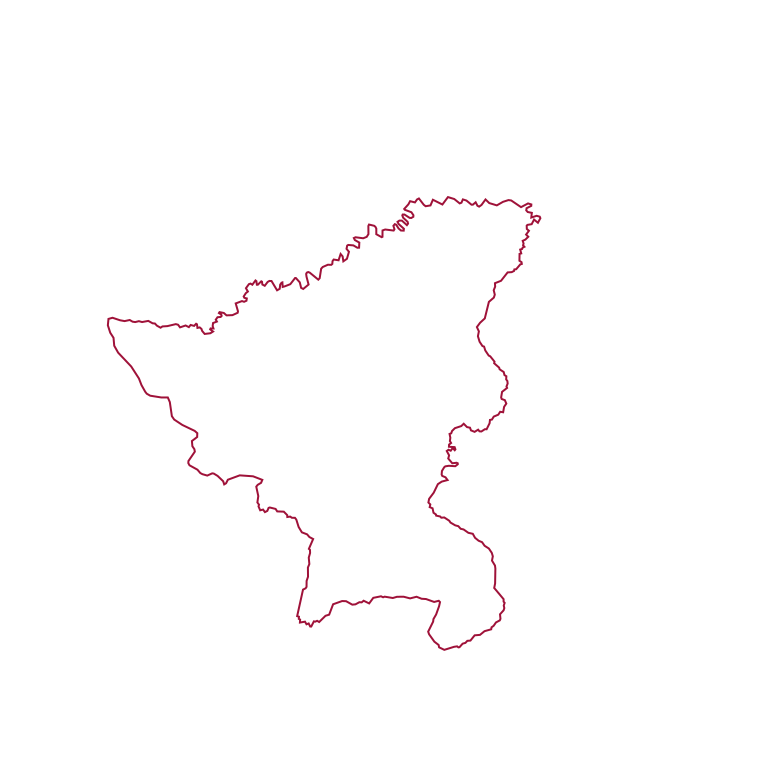 the district of Montalvo, Los Rios, Ecuador, rotated 133°
{"feature_id": "8360857B47637388687848", "entity_name": "Montalvo", "entity_type": "district", "adm_level": 2, "iso_a3": "ECU", "parent_name": "Ecuador", "parent_adm1": "Los Rios", "projection": "mercator", "projection_center": [-79.312, -1.802], "detail": "fine", "context": "isolated", "style": "outline", "palette": "rose", "viewbox_px": 768, "rotation_deg": 133, "n_neighbors": 0, "source": "geoboundaries", "source_scale": "gbopen_adm2", "svg_char_len": 6154}
<svg xmlns="http://www.w3.org/2000/svg" viewBox="0 0 768 768"><g transform="rotate(133 384 384)"><path d="M524.3,629.9L529.4,626.0L533.2,619.2L534.7,613.3L540.0,607.4L542.4,599.8L543.6,580.8L547.1,567.0L550.2,560.6L552.5,553.4L552.9,550.9L552.0,547.0L545.6,537.5L541.3,532.9L543.3,528.3L552.2,517.2L553.1,513.2L551.5,503.6L547.4,490.5L547.3,487.0L550.2,484.5L556.7,485.6L560.2,481.7L561.0,478.2L562.5,476.2L573.7,474.5L575.3,473.2L576.1,470.8L573.9,462.0L574.4,457.6L573.8,455.3L571.5,450.8L566.5,448.7L565.6,447.4L564.7,443.0L564.8,435.3L566.4,432.4L564.3,431.8L560.5,432.9L549.2,427.2L540.8,416.8L537.1,407.6L540.1,406.5L543.9,407.6L546.2,407.4L551.7,399.5L557.0,395.8L557.5,393.1L559.1,392.3L560.8,388.4L558.3,386.8L558.9,383.7L556.4,382.8L553.3,383.9L552.2,383.3L549.3,378.1L550.0,375.2L545.7,370.2L545.9,365.4L547.2,364.0L544.9,362.1L544.7,360.2L542.6,357.9L543.0,355.6L546.8,348.9L548.5,342.9L546.4,337.7L546.8,334.2L545.7,330.1L555.8,326.5L555.8,325.0L558.0,322.8L562.3,320.6L566.6,315.8L570.1,314.5L576.8,308.1L580.8,306.3L585.2,302.3L586.9,302.0L589.6,303.0L613.0,289.2L612.2,287.5L613.9,286.1L613.5,284.7L615.8,282.8L611.7,279.7L612.6,276.8L610.5,275.8L611.7,272.6L611.0,271.8L605.4,273.4L604.7,272.2L602.8,271.4L602.3,269.1L593.4,268.7L590.1,266.8L579.8,271.0L571.3,266.6L568.7,263.6L567.0,256.7L564.6,254.6L560.4,253.2L558.9,251.4L556.4,251.1L554.6,245.2L547.7,246.0L541.3,241.4L540.6,239.2L539.1,238.5L534.5,231.6L530.8,229.4L526.2,224.6L523.0,218.7L517.4,215.1L515.4,210.0L512.6,206.6L509.2,198.7L505.2,196.1L505.3,194.3L508.9,192.2L517.0,188.7L522.2,187.5L524.3,186.0L535.0,182.8L536.3,180.3L538.1,171.4L537.6,166.1L539.0,164.1L537.3,158.6L528.4,153.5L526.0,151.6L525.9,150.0L525.0,149.3L520.3,149.4L517.8,147.9L515.0,147.9L512.7,145.8L506.0,146.3L502.0,142.7L496.2,141.9L490.3,138.3L488.6,139.4L486.1,138.9L482.0,139.5L477.9,138.1L476.3,138.7L473.3,142.1L467.9,142.2L465.8,143.2L464.4,145.3L461.8,146.5L461.6,148.1L459.8,149.8L458.0,164.3L454.1,166.7L443.0,176.7L441.1,179.0L439.5,184.6L435.8,186.9L434.0,190.0L432.8,195.1L433.7,200.1L432.8,204.4L434.1,207.9L434.4,212.5L433.0,216.9L435.3,220.8L436.1,226.6L437.6,229.2L437.3,232.7L438.8,235.5L440.0,240.9L439.5,243.0L440.5,248.9L442.7,250.9L442.6,252.6L444.7,256.1L444.0,257.0L444.4,260.0L441.8,263.7L442.9,266.6L440.5,268.0L440.4,270.7L437.2,272.7L429.6,273.5L420.5,276.3L416.0,275.2L410.9,272.0L410.3,275.4L411.5,278.7L410.9,280.1L408.1,282.3L403.8,283.2L402.4,283.0L399.6,280.8L395.5,275.8L392.4,275.3L391.7,276.0L392.1,277.2L395.4,280.0L394.7,286.2L391.8,287.7L390.2,292.4L388.1,292.0L387.3,289.7L384.9,290.0L384.1,289.2L384.2,287.1L383.1,287.2L382.0,289.3L385.6,293.7L383.9,295.1L381.4,294.7L380.8,296.9L378.1,298.8L375.8,302.0L374.2,301.2L371.9,302.2L367.9,302.0L362.1,298.8L358.7,298.6L358.9,293.9L357.3,291.3L358.6,288.8L357.2,285.1L353.2,284.0L353.5,281.9L352.3,280.4L348.3,279.4L347.1,278.1L340.7,280.0L338.0,282.0L336.4,280.8L333.0,281.5L328.5,279.5L325.1,280.1L323.4,277.6L318.8,280.6L314.9,281.2L313.4,284.6L314.7,287.7L313.9,289.2L309.2,292.3L302.9,291.3L302.3,292.7L299.3,293.9L297.7,295.8L297.3,297.8L294.9,299.8L295.3,302.0L293.6,304.6L294.4,309.4L293.5,311.0L293.7,317.6L292.3,318.4L291.3,325.2L291.8,326.8L290.4,332.8L288.4,336.3L289.1,337.9L287.9,342.9L285.0,347.9L280.8,350.5L279.0,354.9L273.6,355.5L267.3,355.0L252.4,363.3L245.9,362.6L243.1,363.9L240.6,367.7L237.0,369.1L234.6,371.6L228.7,368.8L218.1,369.7L215.1,366.9L212.6,366.0L211.3,366.8L209.9,365.6L203.6,365.9L202.2,365.1L201.1,366.5L201.5,369.0L196.4,373.6L194.9,372.7L192.8,376.1L191.1,375.1L189.7,375.6L187.9,374.9L187.7,376.9L186.1,377.7L184.7,380.2L182.0,379.1L177.9,378.9L177.8,382.0L173.1,382.5L173.2,385.3L170.9,387.6L169.8,387.6L166.4,385.0L161.4,386.4L161.1,381.4L156.1,382.7L155.4,384.2L156.9,387.1L161.8,389.8L158.0,392.6L160.2,396.2L160.0,398.4L158.2,399.6L153.3,397.8L152.2,398.7L153.7,401.8L161.2,404.4L163.0,416.1L164.6,418.4L169.6,421.2L176.4,423.3L179.9,430.4L179.8,435.6L186.6,434.8L189.4,435.4L189.9,437.2L188.6,440.9L192.2,441.3L193.2,442.3L193.6,448.8L195.2,452.2L198.6,451.0L200.3,451.8L200.8,458.8L203.7,464.7L212.9,463.7L215.9,473.9L221.7,471.8L225.6,474.8L225.8,477.2L224.5,485.0L226.5,485.7L230.1,485.2L232.5,489.6L236.0,488.7L242.2,488.6L242.4,487.6L239.7,481.1L240.5,477.6L241.7,476.6L244.0,477.3L245.0,478.5L246.1,484.6L247.3,485.9L248.2,485.6L249.3,483.4L249.3,477.3L250.3,475.8L252.2,475.6L252.3,482.4L254.0,484.2L256.2,484.7L257.0,482.4L256.9,475.3L258.4,474.2L260.2,476.3L260.3,479.5L259.2,483.7L259.7,485.1L261.9,485.0L263.7,481.9L265.2,481.6L270.2,488.5L272.7,489.8L277.4,485.5L278.2,485.8L279.7,491.8L275.6,495.6L274.9,497.5L275.0,499.1L277.6,503.7L279.1,503.2L285.0,497.6L288.2,497.0L291.6,498.6L296.1,504.9L297.8,505.6L298.6,503.5L297.4,498.5L301.3,495.2L302.5,496.4L303.5,500.9L306.7,505.0L307.9,505.3L310.7,503.6L311.2,499.8L317.7,496.5L322.0,497.4L318.9,501.3L318.5,504.4L324.5,501.6L327.3,505.7L329.3,505.4L331.4,503.7L332.7,503.8L335.1,506.4L340.2,508.6L342.5,508.6L350.5,503.2L352.5,503.2L353.2,514.3L353.8,515.8L355.2,516.4L356.6,516.0L358.4,513.8L362.7,507.0L369.6,507.9L370.2,510.2L367.1,514.9L366.6,520.7L367.1,521.3L374.9,520.6L380.1,523.1L382.1,524.3L379.0,527.6L379.8,528.0L382.1,527.7L385.5,525.2L388.4,526.1L385.4,536.5L386.8,538.1L388.7,538.7L393.5,538.2L394.2,540.8L392.4,543.0L392.6,543.8L397.5,544.0L398.1,544.7L395.8,547.5L395.9,548.6L401.2,548.0L401.6,550.1L403.1,550.9L408.1,550.3L409.2,546.6L411.8,547.0L415.7,546.3L416.2,544.9L415.0,542.7L416.9,541.4L419.3,542.4L420.2,544.4L426.2,547.4L430.4,540.4L431.7,539.6L437.0,541.8L441.2,546.0L441.3,549.6L443.6,553.3L444.7,553.1L444.2,550.4L444.9,549.2L446.4,549.2L448.7,551.3L451.7,550.9L452.3,548.8L456.0,550.6L458.5,548.8L459.7,546.6L461.6,548.7L462.6,548.4L462.2,544.8L465.3,545.6L469.7,549.3L469.2,553.2L468.2,555.1L468.3,557.4L470.2,558.7L467.9,561.5L468.1,562.5L471.0,562.5L472.7,565.7L475.5,565.5L476.5,569.0L481.7,571.8L481.1,575.0L482.2,577.1L489.4,581.9L493.0,585.3L495.2,585.8L496.2,589.8L496.0,592.8L497.4,594.6L498.6,599.4L503.7,603.2L505.2,606.1L508.4,608.2L509.9,610.4L510.6,613.6L514.9,616.6L517.4,620.5L520.7,627.7L524.3,629.9Z" fill="none" stroke="#9f1239" stroke-width="2"/></g></svg>